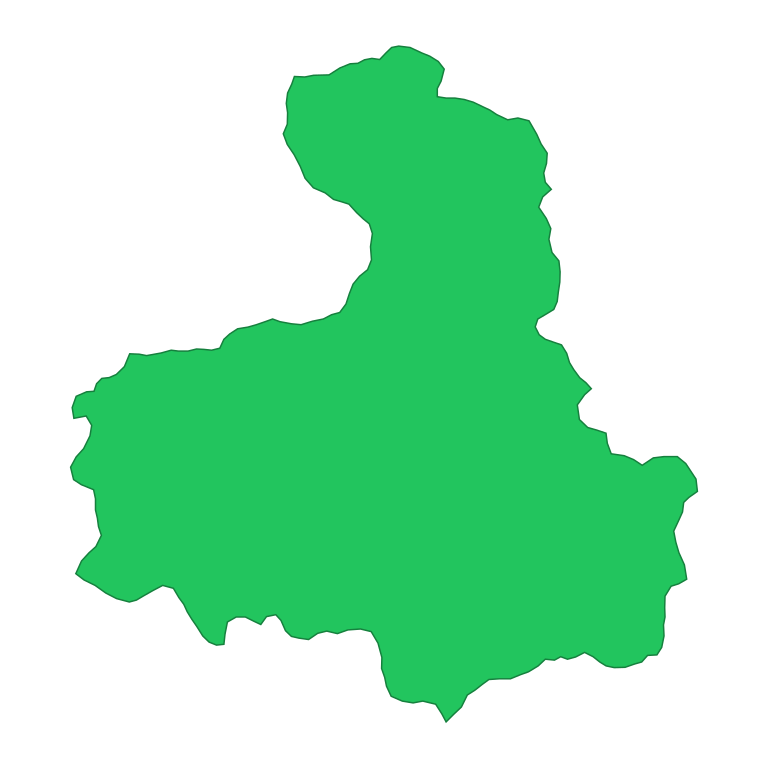 Nova Resende, Minas Gerais, Brazil
{"feature_id": "56859067B48705702609231", "entity_name": "Nova Resende", "entity_type": "district", "adm_level": 2, "iso_a3": "BRA", "parent_name": "Brazil", "parent_adm1": "Minas Gerais", "projection": "natural_earth1", "projection_center": [-46.418, -21.083], "detail": "fine", "context": "isolated", "style": "filled", "palette": "green", "viewbox_px": 768, "rotation_deg": 0, "n_neighbors": 0, "source": "geoboundaries", "source_scale": "gbopen_adm2", "svg_char_len": 3128}
<svg xmlns="http://www.w3.org/2000/svg" viewBox="0 0 768 768"><path d="M294.4,76.5L291.8,84.0L287.6,93.0L286.3,103.4L287.6,112.7L287.3,124.2L283.3,133.8L287.3,144.5L294.1,154.6L300.3,166.5L305.1,178.3L313.4,187.8L325.2,192.9L333.5,199.4L342.0,201.9L348.9,204.1L356.7,212.7L363.4,219.0L369.3,223.8L372.4,233.5L370.5,246.7L371.5,259.9L367.6,269.7L359.6,276.2L353.1,284.1L349.4,293.6L346.0,304.0L339.7,312.5L331.6,314.7L323.3,319.0L312.5,321.2L301.1,324.7L291.5,323.8L280.0,321.7L272.6,319.0L265.4,321.6L256.1,324.8L248.0,327.1L237.6,328.8L229.8,333.9L223.9,339.3L219.8,348.2L211.6,350.2L203.9,349.4L196.5,349.0L188.0,351.1L178.6,351.1L171.2,350.2L161.1,353.0L146.6,355.6L139.3,354.2L129.7,353.8L124.4,366.6L116.3,374.5L109.2,377.6L101.8,378.4L96.6,383.7L94.0,391.3L86.6,391.8L76.2,396.3L72.2,407.6L73.9,418.3L86.2,416.0L91.7,425.3L90.0,435.8L83.6,448.7L76.2,456.9L70.6,467.2L73.6,479.6L81.4,484.7L93.6,489.7L95.5,498.8L95.5,510.0L97.4,518.2L98.5,526.6L101.4,535.4L95.9,546.6L89.1,552.7L81.5,561.0L75.8,573.7L84.1,580.0L95.1,585.4L105.9,593.1L116.6,598.6L129.3,602.0L136.4,600.1L143.5,595.9L153.0,590.5L162.7,585.4L173.4,588.3L178.9,597.6L183.8,604.3L187.2,611.7L191.6,618.9L196.9,626.6L202.8,636.0L209.1,642.1L216.5,645.1L223.9,644.3L225.0,634.2L227.4,622.0L236.2,617.0L245.4,617.0L254.2,621.4L260.8,624.5L266.5,616.6L275.8,614.7L281.0,620.4L285.5,630.7L291.4,636.4L298.8,638.1L308.6,639.5L317.7,633.3L326.7,631.1L337.4,633.6L347.9,629.9L360.5,629.0L371.2,631.6L378.0,643.1L381.9,657.5L381.6,668.5L384.7,677.4L386.5,686.2L391.2,696.3L402.3,701.1L413.1,702.9L422.8,701.1L435.7,704.2L441.8,713.8L446.1,721.9L453.6,714.4L461.4,707.0L467.3,695.0L475.0,690.1L482.1,684.5L488.9,679.5L499.3,678.8L510.4,678.8L520.4,674.7L528.5,671.8L538.2,665.9L545.3,659.2L554.5,660.1L560.7,656.7L567.5,659.2L575.6,657.0L584.6,652.4L593.1,656.7L599.8,662.0L606.1,665.9L614.2,667.6L625.1,667.3L634.6,664.0L641.7,662.0L647.6,655.4L656.9,654.9L661.7,647.4L664.0,636.0L663.5,624.9L665.0,617.0L664.7,607.7L665.0,596.2L671.1,586.2L678.7,583.8L686.7,579.2L684.4,564.9L678.9,552.7L675.8,542.1L673.7,531.1L678.7,520.4L682.5,512.0L683.7,502.4L688.9,497.4L697.4,491.4L696.0,479.1L690.8,471.2L685.8,463.6L677.3,456.6L664.0,456.6L653.3,457.9L642.2,465.3L633.6,459.6L624.2,455.7L611.2,453.8L607.3,443.3L606.0,433.2L596.8,430.1L587.7,427.5L579.4,419.5L577.3,404.9L584.6,394.7L591.3,388.7L586.1,382.9L579.7,377.7L573.8,369.7L569.5,362.6L566.7,353.3L561.5,344.9L553.0,342.0L545.3,339.3L539.2,334.8L535.2,326.9L537.8,319.0L546.8,313.7L553.8,309.4L557.2,301.5L558.3,292.2L559.8,282.1L560.1,271.8L558.9,260.9L552.0,252.5L548.9,239.3L550.8,228.6L546.3,218.5L538.7,207.2L542.7,196.9L551.3,189.3L545.3,182.3L543.7,173.0L546.5,163.4L547.2,153.2L541.1,144.0L536.8,134.4L529.0,120.8L517.9,118.0L507.7,119.8L496.7,114.6L489.9,110.1L483.3,107.0L473.3,102.2L464.3,99.5L455.1,98.1L446.3,98.1L437.3,96.7L437.3,88.5L441.1,81.1L444.2,69.1L438.3,61.5L429.8,56.2L421.4,52.8L410.1,47.5L398.7,46.1L391.6,47.5L386.1,52.8L379.7,59.5L371.9,58.4L364.5,59.8L357.9,63.3L350.1,63.8L340.0,67.9L329.0,74.9L313.6,75.3L304.8,77.0L294.4,76.5Z" fill="#22c55e" stroke="#15803d" stroke-width="1.5"/></svg>